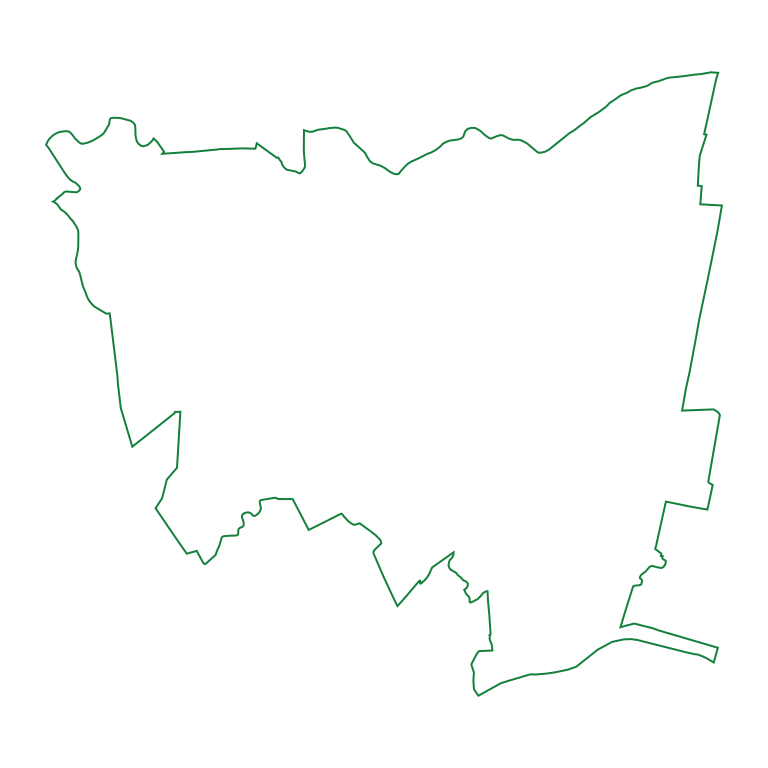 outline of Bucovat, Timis, Romania
{"feature_id": "2599482B31690404831196", "entity_name": "Bucovat", "entity_type": "district", "adm_level": 2, "iso_a3": "ROU", "parent_name": "Romania", "parent_adm1": "Timis", "projection": "equal_earth", "projection_center": [21.395, 45.749], "detail": "fine", "context": "isolated", "style": "outline", "palette": "green", "viewbox_px": 768, "rotation_deg": 0, "n_neighbors": 0, "source": "geoboundaries", "source_scale": "gbopen_adm2", "svg_char_len": 6026}
<svg xmlns="http://www.w3.org/2000/svg" viewBox="0 0 768 768"><path d="M713.7,662.5L717.9,647.8L709.5,645.3L658.9,630.5L652.9,628.3L634.8,623.7L634.0,623.6L624.0,626.2L620.5,627.2L624.4,614.1L632.7,587.7L633.3,586.2L635.6,585.5L639.1,585.3L641.2,584.5L642.1,581.0L642.1,580.3L641.5,579.4L640.3,578.6L639.9,578.0L639.8,577.3L641.2,574.9L642.8,573.5L645.2,571.9L649.7,566.8L651.0,566.2L652.3,565.9L656.0,567.0L661.0,568.0L662.2,567.7L663.4,567.0L665.3,564.5L665.6,562.5L665.9,561.6L665.7,560.7L663.8,559.6L662.4,558.5L662.2,558.0L662.2,557.4L662.7,556.2L660.9,556.0L661.3,554.8L661.3,553.5L655.2,549.0L656.1,545.7L665.9,501.6L688.8,506.3L707.4,509.6L709.9,498.2L712.7,484.9L709.5,483.2L708.5,482.4L708.3,481.6L719.9,415.0L718.2,412.4L715.9,410.7L713.5,409.4L682.1,410.6L685.9,388.8L689.7,371.6L696.1,337.2L699.4,318.5L707.9,278.5L717.6,230.6L721.9,205.5L700.3,204.3L701.7,186.1L697.8,185.7L698.9,165.7L699.8,155.5L706.5,134.7L704.1,134.2L708.7,113.5L716.1,79.3L718.2,72.8L713.0,72.5L711.8,72.3L710.5,72.4L702.0,73.9L693.5,74.8L683.3,76.2L668.0,77.8L657.9,81.4L653.4,82.4L651.2,83.3L648.8,85.0L646.2,86.2L640.1,87.9L636.3,88.5L630.8,90.5L627.4,92.6L620.7,95.3L612.9,100.9L610.6,102.2L609.3,103.3L608.0,104.8L605.0,107.6L601.9,109.8L599.1,111.9L590.9,116.9L583.8,123.0L581.1,124.9L575.4,129.4L572.9,131.1L569.5,133.1L548.9,149.7L545.1,151.7L540.9,152.7L538.8,152.7L537.4,152.1L527.5,143.8L524.8,142.1L521.0,140.3L517.9,139.6L515.7,139.9L512.6,139.7L509.4,138.8L507.6,137.9L504.4,136.1L502.0,135.1L500.1,135.2L496.8,136.2L491.1,138.6L488.9,137.9L486.3,136.1L483.2,133.5L480.4,130.9L475.5,128.1L471.9,127.8L469.1,128.4L467.2,129.3L465.3,131.2L463.2,136.8L461.7,138.1L459.2,139.3L449.9,140.6L446.5,141.7L442.9,143.7L440.6,146.2L436.2,149.7L430.8,152.7L428.1,153.5L418.0,158.6L411.1,161.7L408.1,163.6L405.3,166.1L401.2,170.7L398.6,173.9L396.5,174.3L394.0,173.8L390.8,172.3L387.9,170.4L385.8,168.7L381.1,165.9L373.3,163.5L370.9,162.0L369.7,160.9L366.4,155.7L365.8,154.1L363.6,151.4L353.9,142.8L349.1,135.1L346.4,131.2L344.4,129.9L337.8,127.8L335.4,127.6L330.0,128.0L324.1,129.0L318.3,129.7L312.1,131.8L308.9,131.7L304.0,130.2L303.8,148.2L304.0,154.0L305.0,164.8L305.0,166.2L304.8,167.1L304.0,168.7L302.9,170.4L301.9,171.6L300.2,173.3L298.9,173.2L295.9,171.6L286.8,169.7L285.6,168.9L283.6,166.7L282.4,164.9L281.8,163.6L281.5,162.7L281.5,161.9L279.7,159.9L278.2,157.5L276.6,157.7L256.8,143.3L255.4,148.7L242.3,148.4L228.6,148.9L219.0,149.1L218.4,149.4L192.3,151.9L186.6,152.1L162.3,153.8L164.0,151.7L157.2,141.9L153.6,138.5L151.8,141.2L147.8,144.9L143.4,146.3L141.0,145.8L138.4,143.7L136.9,141.5L136.0,138.2L135.5,134.9L135.3,127.2L134.9,124.7L133.3,122.7L130.7,120.8L120.2,118.0L114.0,117.7L110.8,118.2L109.8,119.5L109.1,124.4L104.1,132.8L102.0,134.9L93.2,140.4L87.7,142.7L82.2,143.9L79.7,142.8L77.5,140.9L74.7,138.1L72.9,135.4L70.8,133.1L69.0,131.6L66.6,131.1L59.6,131.9L55.4,133.7L52.0,136.2L49.4,138.8L47.7,141.3L46.1,144.8L48.7,148.1L65.5,174.1L68.3,177.7L70.4,179.9L72.8,181.5L75.7,182.9L77.9,185.0L79.2,186.3L80.2,188.2L80.2,189.0L79.6,190.3L78.2,191.4L77.0,192.2L74.4,192.2L66.8,191.5L65.5,191.6L64.2,192.2L62.0,194.3L58.2,197.3L58.3,197.3L53.9,201.4L53.2,201.6L55.4,202.9L57.4,204.5L60.8,209.4L64.8,212.1L68.1,215.5L70.2,218.4L71.5,219.6L73.3,221.7L75.0,224.6L76.0,225.8L78.1,230.2L78.4,233.0L78.2,247.2L77.8,250.9L77.3,253.1L77.0,255.0L75.9,259.3L75.6,262.8L75.8,264.3L76.6,267.6L77.4,269.2L79.2,271.7L80.2,275.2L82.5,284.7L82.9,285.8L83.4,287.4L85.4,292.0L86.5,295.2L87.8,298.4L89.9,301.8L93.2,305.5L94.6,306.7L106.0,313.5L108.5,313.5L109.6,313.3L110.4,318.4L117.5,376.8L117.9,383.5L120.8,408.1L132.3,446.7L174.6,413.1L174.9,411.9L180.4,411.8L177.0,467.8L166.8,479.6L162.1,498.2L155.6,508.3L177.6,540.6L186.8,553.7L189.3,552.9L195.5,551.3L196.8,550.9L197.4,552.2L203.5,563.3L204.7,564.1L206.0,563.6L215.7,554.8L216.5,552.2L218.1,548.2L219.2,546.1L220.6,541.4L221.4,538.4L221.8,537.4L222.7,536.6L223.5,536.3L226.0,536.0L231.7,535.6L234.8,535.6L236.9,535.3L237.7,534.8L238.2,533.7L238.3,530.1L238.7,529.0L239.7,528.0L240.6,527.5L241.8,527.2L242.7,526.6L243.2,526.1L243.6,525.4L243.7,524.1L243.6,522.6L243.3,521.1L242.0,517.6L242.0,515.7L242.3,514.9L243.4,513.7L244.3,513.2L245.4,512.8L247.1,512.4L248.6,512.4L249.3,512.6L251.5,513.8L252.4,515.1L253.0,515.6L254.5,516.0L255.4,515.7L257.7,514.1L258.8,513.0L260.1,510.9L260.8,509.0L260.8,507.5L259.7,502.3L259.9,501.0L260.3,500.5L261.2,500.0L274.8,497.8L276.1,497.9L277.8,499.0L292.7,499.1L308.7,529.9L319.5,524.6L339.4,514.5L340.7,513.9L341.7,513.7L344.1,516.7L348.4,521.3L351.3,523.5L353.8,524.7L354.9,524.8L359.7,523.3L371.7,532.1L375.5,535.1L380.1,539.7L381.3,542.6L381.3,543.4L375.0,549.4L373.7,551.2L373.4,552.0L373.5,553.4L383.8,577.2L395.4,602.1L397.5,606.1L404.8,597.9L419.3,580.8L419.8,580.6L420.1,580.7L420.3,581.0L420.3,581.9L420.0,582.8L420.1,583.3L420.3,583.6L420.8,583.7L424.2,580.7L427.1,577.5L429.1,574.2L432.1,567.5L453.6,552.3L453.5,554.6L453.1,555.9L451.7,558.2L449.9,560.1L449.2,561.6L448.6,564.4L448.6,565.7L449.0,567.2L450.4,569.5L451.2,570.0L455.5,572.4L456.1,572.9L456.8,573.6L457.7,575.0L461.2,577.8L461.8,578.6L462.9,580.0L463.6,580.4L465.8,581.4L466.5,581.9L467.8,583.5L467.9,584.4L467.3,586.8L466.7,587.8L465.4,588.9L464.2,589.8L466.0,593.6L466.5,594.4L468.9,596.7L469.1,597.1L469.4,598.0L469.6,598.8L469.7,600.6L469.5,601.5L469.8,602.1L470.1,602.5L470.7,602.4L472.6,601.8L474.8,600.5L477.4,599.3L478.1,598.8L478.7,597.9L480.4,596.4L482.8,593.4L484.1,592.4L486.1,591.3L487.5,591.2L488.1,601.9L489.2,613.7L490.6,633.9L489.5,635.2L490.0,635.6L489.8,636.4L489.7,638.9L490.0,640.4L491.5,644.0L492.1,646.3L492.3,650.5L479.4,651.1L478.8,651.3L478.2,651.9L476.5,654.4L473.1,660.9L471.5,664.1L471.4,664.7L473.9,672.5L473.4,680.4L473.8,687.2L474.1,689.0L474.3,689.9L478.4,695.7L500.9,683.2L510.1,680.3L530.1,674.4L535.4,674.5L546.5,673.6L555.2,672.3L568.1,669.6L576.3,666.7L597.7,649.7L612.0,641.9L623.7,639.4L631.1,639.1L637.5,640.0L685.7,652.2L694.6,654.2L698.0,654.6L702.4,656.3L706.8,658.3L713.7,662.5Z" fill="none" stroke="#15803d" stroke-width="2"/></svg>